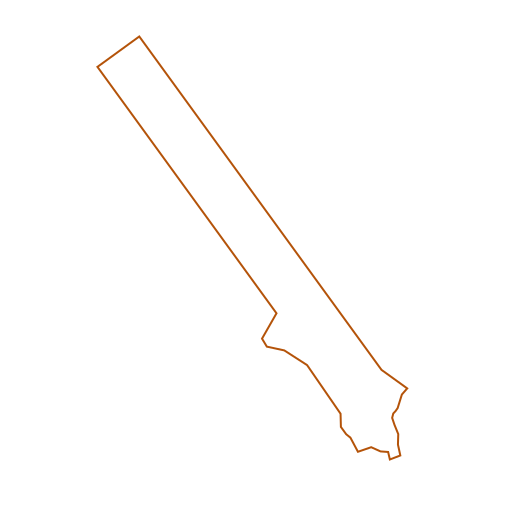 the border of Mayuge, rotated 144°
{"feature_id": "UGA-3120", "entity_name": "Mayuge", "entity_type": "District", "adm_level": 1, "iso_a3": "UGA", "parent_name": "Uganda", "parent_adm1": "", "projection": "equal_earth", "projection_center": [33.58, -0.276], "detail": "fine", "context": "isolated", "style": "outline", "palette": "amber", "viewbox_px": 512, "rotation_deg": 144, "n_neighbors": 0, "source": "natural_earth", "source_scale": "10m", "svg_char_len": 516}
<svg xmlns="http://www.w3.org/2000/svg" viewBox="0 0 512 512"><g transform="rotate(144 256 256)"><path d="M273.1,502.2L228.9,502.2L221.4,502.2L221.4,90.1L211.5,60.0L219.4,58.2L230.8,49.7L234.3,48.5L237.5,47.9L241.0,45.0L243.2,38.0L245.6,28.3L252.0,20.0L256.5,9.8L267.3,12.7L264.3,19.8L270.1,24.7L275.2,33.6L288.6,37.7L286.4,53.5L287.8,58.8L287.8,61.0L287.8,67.8L280.3,78.7L278.8,137.7L288.6,163.0L300.5,176.3L299.7,185.6L273.1,197.6L273.1,502.1L273.1,502.2Z" fill="none" stroke="#b45309" stroke-width="2"/></g></svg>